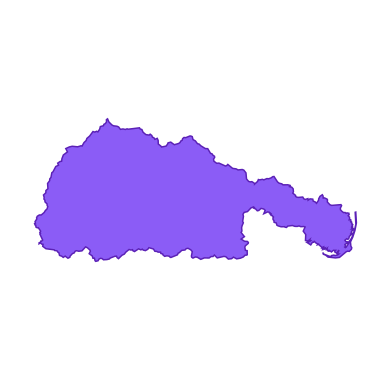 the district of El Collao, Puno, Peru, rotated 83°
{"feature_id": "86281439B70453073553936", "entity_name": "El Collao", "entity_type": "district", "adm_level": 2, "iso_a3": "PER", "parent_name": "Peru", "parent_adm1": "Puno", "projection": "albers", "projection_center": [-69.665, -16.626], "detail": "fine", "context": "isolated", "style": "filled", "palette": "violet", "viewbox_px": 384, "rotation_deg": 83, "n_neighbors": 0, "source": "geoboundaries", "source_scale": "gbopen_adm2", "svg_char_len": 5987}
<svg xmlns="http://www.w3.org/2000/svg" viewBox="0 0 384 384"><g transform="rotate(83 192 192)"><path d="M126.0,289.8L128.0,290.8L129.8,293.2L133.0,295.5L132.6,296.5L133.2,300.0L132.0,305.3L132.3,308.2L133.5,312.0L137.0,310.7L139.6,315.2L143.0,317.0L145.6,317.7L145.6,319.1L147.0,321.8L149.1,321.2L150.1,324.1L155.0,327.5L155.8,328.8L160.3,330.2L161.7,331.6L163.4,331.9L165.9,334.3L171.2,334.6L172.7,336.8L175.0,337.2L176.9,339.8L179.2,339.4L181.0,339.8L182.2,339.0L183.9,339.1L186.2,337.3L187.8,337.4L188.8,336.9L191.1,337.9L192.5,339.8L194.3,341.2L196.4,344.4L196.2,346.4L197.2,348.5L198.6,349.4L199.8,349.3L202.3,351.4L203.9,351.2L204.2,352.1L205.7,351.7L205.8,351.2L207.9,351.1L208.7,349.9L208.7,348.9L212.4,347.0L213.8,348.0L214.5,347.4L215.2,348.1L221.5,346.1L222.5,347.4L222.3,348.0L223.4,348.5L223.7,349.9L224.7,350.1L224.0,348.6L225.4,347.5L225.8,346.2L227.7,346.8L230.5,343.9L232.6,335.8L233.3,335.5L233.9,333.2L235.3,332.5L235.9,331.6L238.8,331.2L239.9,329.0L241.2,327.8L240.2,325.7L242.6,323.2L241.9,321.2L240.8,320.8L238.5,318.1L238.2,316.5L236.5,315.1L236.2,313.8L237.0,311.6L237.0,308.4L233.5,304.3L234.6,302.6L237.3,300.3L238.4,300.1L240.7,301.6L243.3,298.8L245.7,298.4L245.8,296.9L248.4,296.6L249.1,296.0L248.8,293.6L247.3,292.5L246.7,290.9L247.1,289.4L248.5,288.1L248.7,284.7L248.4,282.1L247.6,281.2L246.4,276.5L246.5,274.7L247.9,274.4L249.2,273.1L246.2,269.1L245.4,266.7L243.7,265.1L241.4,261.5L242.2,259.6L242.0,258.1L243.1,257.8L244.1,256.3L241.9,251.9L243.2,249.8L242.7,248.3L243.7,247.5L244.5,245.4L243.5,242.9L242.0,241.5L243.9,237.2L246.3,236.1L246.7,234.2L247.5,233.1L247.9,230.5L249.2,230.4L250.0,228.6L250.9,228.5L252.5,227.0L252.3,224.6L253.0,222.3L254.2,221.6L254.4,220.9L252.6,214.1L251.0,213.2L250.7,212.0L248.7,209.3L248.7,206.0L247.5,204.6L247.4,202.8L249.2,200.3L251.2,199.0L255.5,200.4L256.7,200.3L257.7,199.1L256.9,196.5L257.4,194.7L259.9,191.5L258.9,187.7L259.6,183.1L258.4,181.0L258.6,179.0L257.3,177.5L260.5,175.0L259.8,168.2L260.3,166.4L263.0,164.1L263.0,160.8L261.7,158.8L263.8,155.8L263.6,152.0L262.8,149.1L261.2,147.0L261.3,145.2L260.9,144.8L256.9,144.4L256.4,146.1L253.3,146.3L252.0,145.7L249.9,142.5L248.9,142.2L247.8,143.1L247.3,145.8L244.7,149.0L242.7,145.4L238.1,148.2L236.8,147.2L233.5,147.1L231.6,146.4L228.8,144.8L227.3,145.3L222.5,143.9L220.3,144.1L218.6,142.7L218.2,139.3L215.0,135.4L214.3,132.7L215.1,132.0L215.6,132.6L216.6,130.9L218.6,129.5L218.5,128.0L216.7,125.5L217.6,122.9L219.1,121.6L222.3,123.4L221.0,119.4L221.6,117.6L223.0,116.4L223.2,117.1L223.7,116.3L224.0,116.7L225.0,116.2L225.2,115.3L226.8,114.2L227.5,114.8L229.3,114.9L230.2,114.2L232.1,114.2L233.0,112.1L235.3,111.8L236.1,110.7L237.4,107.8L237.7,104.4L238.3,103.9L238.7,102.5L237.5,101.1L237.5,96.4L238.6,94.2L239.0,91.8L238.7,89.9L239.7,88.2L239.9,85.2L240.5,84.0L244.4,86.4L248.1,84.3L254.0,85.3L254.7,82.7L253.4,80.7L254.4,81.2L254.7,80.1L255.1,80.7L254.6,81.2L255.7,82.1L256.0,84.1L259.0,80.6L256.5,78.5L256.7,77.5L255.9,76.7L257.9,75.0L258.8,73.4L259.6,73.9L259.1,72.0L259.6,72.7L262.7,69.9L263.2,70.1L262.7,68.8L264.2,69.2L263.5,68.5L264.2,68.5L263.4,67.9L264.0,67.9L263.9,67.4L264.7,68.3L264.9,67.4L263.9,65.8L264.6,66.3L265.1,66.0L264.4,64.9L265.5,65.5L265.4,64.8L266.0,65.0L267.3,64.0L267.4,63.5L266.6,63.6L266.5,63.1L268.5,60.9L267.1,58.8L267.4,56.8L267.9,57.6L269.4,57.3L269.5,56.6L271.2,55.3L268.9,54.7L267.5,53.2L271.6,55.2L271.6,54.1L272.2,55.0L272.5,57.6L271.9,58.9L272.1,61.2L272.9,61.5L272.4,63.8L269.7,68.7L268.0,69.6L269.8,69.2L270.9,67.1L273.2,64.9L274.9,57.6L274.9,53.6L270.1,46.2L269.7,44.8L270.1,43.1L268.3,40.8L266.8,40.2L265.1,40.9L260.9,40.8L256.3,37.9L250.1,35.0L242.8,32.6L231.9,31.9L232.0,32.5L244.0,33.3L250.9,35.8L252.9,37.6L254.0,37.2L255.6,38.2L259.3,40.8L259.7,41.7L261.9,42.6L265.6,45.8L265.9,46.6L265.3,47.1L264.9,46.2L262.7,46.6L261.7,44.4L262.0,43.3L260.5,43.4L260.0,45.4L258.5,46.1L257.2,44.1L257.9,43.2L257.6,42.2L255.2,41.2L254.2,39.8L253.3,39.7L253.7,38.9L253.0,38.1L252.5,39.1L250.2,38.3L249.8,37.1L248.7,36.6L248.3,37.8L247.9,36.5L247.5,36.9L247.7,37.8L246.8,37.9L246.5,37.1L245.8,37.5L245.6,36.9L244.8,37.1L244.1,36.4L243.4,36.8L243.6,37.1L241.3,37.3L241.4,37.8L240.6,38.2L240.3,37.8L238.9,37.9L238.8,39.4L237.3,38.7L236.1,38.8L234.6,39.9L233.6,38.8L232.5,39.3L232.0,38.3L232.2,39.3L231.6,40.7L232.0,41.7L231.0,42.5L230.9,44.1L229.4,45.6L227.7,46.8L226.0,46.7L223.8,45.2L222.7,45.7L222.3,55.0L221.5,56.6L218.4,58.9L216.3,58.5L215.5,58.8L214.0,61.2L214.0,62.5L211.9,62.4L210.6,63.0L211.9,65.5L214.2,67.1L215.6,67.4L218.4,69.8L216.9,70.9L215.8,72.8L213.8,73.0L213.2,75.7L214.3,77.8L212.7,77.8L213.2,80.6L212.4,81.8L210.5,82.7L210.3,87.3L209.8,88.8L209.0,89.7L208.0,89.6L205.4,92.1L204.1,91.3L201.2,91.2L199.5,92.3L198.6,94.4L198.1,93.6L197.4,93.8L196.5,96.1L196.0,100.8L194.8,101.9L193.9,104.4L192.4,105.9L186.6,108.7L186.6,109.9L187.7,112.0L188.2,114.4L187.8,116.0L188.7,119.2L188.0,120.6L188.2,123.3L187.7,124.6L189.5,125.6L191.8,128.9L191.1,128.8L189.0,131.3L189.1,132.7L188.4,134.5L185.7,136.3L179.6,136.1L176.6,137.9L175.8,139.4L175.7,143.6L174.4,145.4L173.5,148.8L169.0,153.1L170.0,154.3L170.3,155.6L166.6,161.7L166.5,164.0L164.1,166.5L161.9,166.6L160.5,165.3L159.3,165.3L157.8,166.9L156.5,167.5L155.9,168.9L150.9,171.1L150.5,173.5L147.2,177.6L145.3,179.1L144.7,180.7L141.7,182.4L140.1,184.6L137.1,185.0L136.6,185.7L136.1,187.1L137.3,191.6L136.9,193.3L137.9,194.8L139.5,195.5L140.1,197.0L141.4,197.8L142.2,199.3L142.9,203.8L139.9,207.0L140.3,209.8L141.5,210.4L143.3,212.2L143.6,216.8L142.6,217.3L140.3,219.6L136.6,219.3L134.5,220.0L135.2,222.4L133.4,223.3L132.8,224.6L131.0,225.0L129.5,226.5L130.3,227.6L129.4,230.8L126.7,233.3L123.9,234.1L123.1,235.8L121.9,236.3L121.9,247.8L121.4,248.7L121.8,250.6L121.0,252.8L121.1,255.4L118.5,256.9L117.6,258.4L116.7,261.9L115.7,263.3L112.4,265.9L109.1,266.9L109.7,268.1L112.2,268.4L113.6,269.8L114.1,271.2L115.4,271.8L115.9,275.0L118.4,276.0L120.9,278.1L120.1,279.3L120.7,281.2L119.9,282.9L124.0,286.8L126.0,289.8Z" fill="#8b5cf6" stroke="#5b21b6" stroke-width="1.5"/></g></svg>